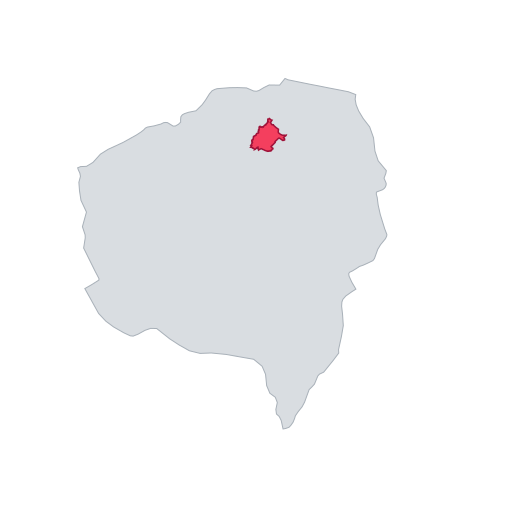 Zaka, Masvingo, Zimbabwe (highlighted), rotated 241°
{"feature_id": "62879985B3510020236883", "entity_name": "Zaka", "entity_type": "district", "adm_level": 2, "iso_a3": "ZWE", "parent_name": "Zimbabwe", "parent_adm1": "Masvingo", "projection": "robinson", "projection_center": [31.468, -20.378], "detail": "fine", "context": "in_parent", "style": "filled", "palette": "rose", "viewbox_px": 512, "rotation_deg": 241, "n_neighbors": 0, "source": "geoboundaries", "source_scale": "gbopen_adm2", "svg_char_len": 6157}
<svg xmlns="http://www.w3.org/2000/svg" viewBox="0 0 512 512"><g transform="rotate(241 256 256)"><path d="M348.8,421.5L345.0,418.7L339.7,416.9L333.1,416.1L324.4,416.4L313.8,418.0L302.4,416.1L290.1,410.9L280.0,409.0L267.9,411.3L267.4,411.3L265.3,409.6L262.0,405.7L256.5,405.1L255.0,404.2L253.7,402.7L252.9,400.9L252.6,398.9L253.5,392.6L253.0,391.9L251.5,391.1L248.5,390.4L241.2,387.5L232.0,384.8L217.2,381.7L211.4,380.9L210.1,380.0L208.4,377.7L205.5,370.4L202.8,365.7L196.3,358.3L195.3,356.0L195.6,350.2L196.0,345.4L196.7,341.4L196.4,337.7L196.2,333.0L196.4,329.9L195.6,328.5L193.2,327.6L186.6,327.1L178.6,327.3L178.3,322.6L177.5,315.2L176.0,311.0L174.1,308.8L170.5,306.5L163.0,303.4L152.8,298.6L144.1,291.6L134.1,282.8L131.0,281.3L127.3,273.0L121.6,258.9L121.9,254.2L121.1,251.9L115.6,245.0L114.4,241.4L113.4,237.7L104.6,227.6L101.7,223.1L99.4,217.4L97.1,212.9L95.2,211.0L92.7,207.9L91.0,204.4L90.2,201.8L90.8,198.2L91.6,195.8L99.9,198.3L104.4,198.5L107.9,197.3L112.2,199.0L117.5,203.6L123.1,204.4L129.2,201.6L137.5,202.5L147.9,207.0L156.6,207.9L166.8,203.9L175.9,192.6L184.5,182.0L192.9,169.8L197.9,159.9L205.4,151.8L215.3,145.7L225.3,140.4L240.7,134.0L243.8,128.7L244.8,122.9L244.8,114.9L245.5,109.7L247.1,107.4L249.7,105.5L253.0,103.1L263.1,97.0L271.7,93.1L282.0,90.5L293.4,90.5L304.3,90.5L310.5,90.5L310.6,98.2L311.1,106.9L312.4,107.7L320.6,107.9L333.8,108.5L346.5,109.1L354.6,115.4L357.3,116.8L365.8,118.4L376.6,129.0L389.5,129.9L398.5,133.2L406.3,136.8L410.8,141.1L413.8,142.1L417.7,142.4L419.6,142.8L419.2,146.0L416.6,151.2L416.9,158.8L420.5,169.3L421.0,178.4L419.8,194.4L419.8,210.0L420.2,215.5L420.8,219.2L421.5,221.2L421.4,223.5L419.2,230.0L417.5,236.9L417.4,239.7L416.7,241.6L415.5,243.3L409.8,246.5L408.8,248.5L408.8,252.0L409.6,255.0L411.7,256.1L414.2,257.8L415.2,260.0L415.2,262.4L414.4,266.7L412.1,273.9L414.4,282.2L416.9,287.6L420.4,293.9L421.8,297.7L421.7,300.5L421.2,303.1L416.0,314.5L412.2,321.6L407.6,329.2L401.5,333.9L399.9,336.2L399.3,338.8L399.5,344.5L399.2,350.4L394.0,359.5L397.2,367.4L396.4,368.1L394.7,369.3L387.2,378.1L379.6,387.0L374.1,393.6L367.8,401.0L360.8,409.4L354.8,416.5L348.8,421.5Z" fill="#d9dde1" stroke="#a8b0b8" stroke-width="1"/><path d="M353.7,304.0L353.5,304.3L353.4,304.5L353.3,304.8L352.1,305.3L352.2,305.6L350.2,306.6L349.8,306.2L349.7,307.1L350.3,309.3L350.2,309.3L350.3,309.4L350.3,310.5L347.4,309.6L347.5,310.7L347.4,312.5L347.2,312.7L347.0,312.9L346.3,313.3L346.2,313.5L345.8,313.7L345.3,314.2L344.2,314.9L343.9,315.1L343.6,315.3L343.3,315.7L343.1,315.9L342.6,316.3L342.4,316.7L342.2,316.7L342.2,316.9L341.9,317.1L341.8,317.3L341.8,317.5L341.7,317.5L341.4,317.9L341.3,318.3L341.4,318.5L341.3,318.8L341.2,318.9L341.1,319.0L341.2,319.3L340.9,319.3L340.8,319.5L340.7,319.9L340.7,320.0L340.9,320.1L340.9,320.3L340.8,320.5L341.0,320.7L341.0,320.8L341.0,321.1L341.1,321.3L341.3,321.5L341.5,322.0L341.6,322.3L341.7,322.6L341.6,322.8L341.9,322.9L342.0,322.8L342.3,322.9L342.5,322.7L342.9,322.5L343.9,322.3L344.0,322.2L344.3,322.1L344.5,322.3L344.5,322.5L344.6,322.9L344.7,323.2L344.7,323.4L344.7,323.5L344.9,323.5L345.0,323.8L344.9,324.1L344.9,324.3L345.0,324.4L345.1,324.6L345.3,325.4L345.4,325.9L345.5,326.0L345.6,326.3L345.7,326.5L345.7,326.8L345.8,327.1L345.9,327.4L346.0,327.7L346.0,327.8L346.4,328.0L346.7,328.1L346.8,328.1L347.1,328.9L347.1,329.2L347.3,329.7L347.4,330.3L347.5,330.5L347.5,330.8L347.7,331.2L347.8,331.8L348.0,332.5L348.0,333.3L347.8,333.5L347.6,333.7L346.9,334.0L346.6,334.2L345.5,334.7L344.5,335.2L344.4,335.3L344.2,335.3L344.1,335.5L344.2,335.8L344.1,336.0L343.6,336.4L343.6,336.5L343.8,336.7L343.9,336.9L343.8,337.0L343.7,337.3L343.9,337.4L344.1,337.5L344.3,337.7L344.6,337.8L345.1,337.8L345.5,337.7L346.1,337.5L346.3,337.5L346.4,338.1L346.5,338.3L346.6,338.8L346.6,339.1L346.6,339.4L346.7,339.7L346.7,339.8L346.7,340.0L346.8,340.4L346.8,340.7L346.9,340.8L346.9,340.7L347.1,340.7L348.8,337.7L350.5,336.4L352.6,335.5L352.8,335.4L353.8,335.6L355.5,336.8L356.0,337.1L357.8,336.2L358.4,335.9L360.1,335.3L362.2,334.6L362.5,334.3L362.6,334.5L363.4,333.4L365.7,333.4L367.0,335.8L367.3,335.4L368.4,334.9L369.7,334.4L369.6,334.2L369.8,334.0L369.6,333.7L369.7,333.4L369.7,333.2L369.8,332.9L369.7,332.8L369.7,332.7L369.8,332.6L369.6,332.5L369.5,332.4L369.4,332.4L369.2,332.2L368.7,332.0L368.6,331.9L368.3,331.8L368.2,331.8L367.9,331.8L368.0,331.7L368.0,331.4L367.6,331.2L367.4,331.2L367.2,331.0L367.1,330.8L367.0,330.2L366.9,329.9L366.7,329.9L366.6,329.7L366.5,329.1L366.5,328.9L366.4,328.8L366.3,328.7L366.3,328.4L366.4,328.2L366.2,328.0L365.9,328.0L365.9,327.9L366.0,327.6L366.0,327.4L366.2,327.2L366.1,326.9L366.1,326.7L365.6,325.2L365.3,325.0L365.4,324.9L365.5,324.8L365.7,324.5L365.9,324.3L365.9,324.2L366.0,323.8L366.0,323.7L366.3,323.4L366.3,323.1L366.2,323.1L366.3,323.0L366.3,322.9L366.4,322.6L366.6,322.6L366.6,322.4L366.9,322.1L367.1,322.1L367.3,322.0L367.5,322.1L367.5,321.9L367.4,321.8L367.2,321.8L367.2,321.6L367.2,321.4L367.2,321.2L366.9,321.2L366.6,321.0L366.5,320.8L366.3,320.7L366.2,320.6L365.8,320.4L365.7,320.3L365.4,320.2L365.3,319.9L365.2,320.0L365.1,319.9L365.1,319.7L364.9,319.5L364.7,319.5L364.3,319.3L364.3,319.1L364.4,318.9L364.2,318.8L364.1,318.7L363.8,318.6L363.6,318.5L363.6,318.4L363.6,318.1L363.3,318.0L363.2,318.0L362.9,318.0L362.6,317.9L362.5,318.0L362.4,317.9L362.5,317.6L362.5,317.2L362.6,316.7L362.7,316.3L362.8,316.1L362.8,315.9L362.6,315.7L362.4,315.5L362.3,315.4L362.3,315.1L362.2,314.9L361.9,314.7L361.7,314.7L361.7,314.3L361.6,314.1L361.7,313.9L361.6,313.7L361.7,313.3L361.8,312.9L361.7,312.7L361.6,312.4L361.7,312.2L361.8,312.1L361.8,311.8L361.7,311.7L361.4,311.5L361.2,311.4L361.0,311.2L360.8,311.2L360.7,311.0L360.3,310.7L360.0,310.4L359.9,310.4L359.7,310.2L359.4,310.0L359.4,309.9L359.2,309.6L359.3,309.5L359.3,309.4L359.5,309.2L359.4,309.0L359.4,308.8L359.4,308.7L359.2,308.6L359.1,308.3L358.9,308.2L358.8,308.3L358.7,308.3L358.5,308.0L358.3,307.9L358.2,307.9L357.9,308.0L357.8,307.9L357.7,308.1L357.4,308.0L357.2,307.7L356.9,307.6L356.7,307.7L356.5,307.2L356.4,307.0L356.4,306.9L356.2,306.7L355.9,306.4L355.7,306.0L355.6,305.9L355.6,305.7L355.4,305.4L355.2,305.0L354.5,305.7L353.7,304.0Z" fill="#f43f5e" stroke="#9f1239" stroke-width="1.5"/></g></svg>